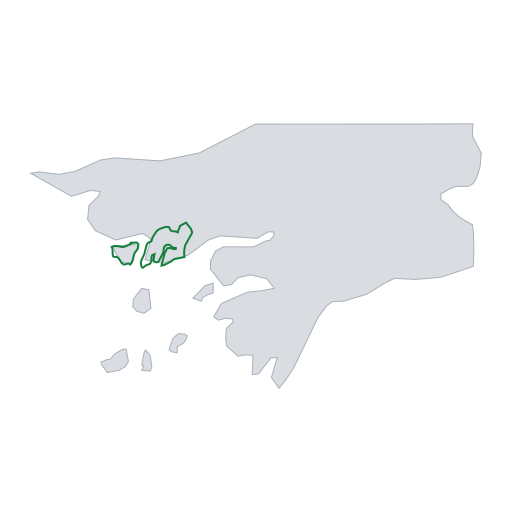 location of Biombo within Guinea-Bissau
{"feature_id": "GNB-5500", "entity_name": "Biombo", "entity_type": "Region", "adm_level": 1, "iso_a3": "GNB", "parent_name": "Guinea-Bissau", "parent_adm1": "", "projection": "orthographic", "projection_center": [-15.894, 11.883], "detail": "fine", "context": "in_parent", "style": "outline", "palette": "green", "viewbox_px": 512, "rotation_deg": 0, "n_neighbors": 0, "source": "natural_earth", "source_scale": "10m", "svg_char_len": 3328}
<svg xmlns="http://www.w3.org/2000/svg" viewBox="0 0 512 512"><path d="M30.7,173.3L38.9,171.9L59.0,174.4L74.6,171.5L85.6,166.7L100.5,160.0L115.0,157.9L160.1,160.9L199.4,152.9L228.6,137.9L255.5,124.0L290.4,124.1L327.8,124.1L381.0,124.0L423.1,124.0L472.8,123.8L472.4,136.1L481.3,153.4L480.1,166.4L476.4,178.6L473.1,183.5L468.8,186.3L455.5,186.4L449.8,188.8L441.0,193.7L440.8,199.3L447.9,204.7L453.8,212.1L460.6,218.0L472.3,224.7L473.4,232.3L473.9,251.4L473.4,266.3L440.7,277.3L415.6,279.4L394.3,278.4L385.0,283.0L366.6,294.3L343.9,301.1L332.3,301.7L326.8,305.7L318.0,317.4L293.6,368.1L285.5,380.3L279.0,388.2L271.4,377.5L277.2,357.6L270.9,357.9L258.3,374.0L252.2,374.5L253.0,355.4L246.0,354.8L238.0,356.1L226.7,346.2L225.6,338.8L226.4,328.4L233.3,321.8L232.4,319.0L225.7,318.3L218.3,320.1L213.8,316.9L221.3,303.5L247.5,292.1L260.7,290.9L274.3,288.3L266.8,278.7L250.8,274.9L237.9,277.6L231.6,284.6L223.6,285.8L210.4,269.3L210.6,261.0L215.5,251.2L223.2,246.8L253.6,246.9L265.1,241.3L269.8,240.3L274.2,235.3L273.3,231.9L268.3,231.8L257.0,238.3L220.3,235.9L208.6,239.9L188.2,255.0L163.2,263.3L145.0,259.8L150.8,239.6L148.2,236.9L142.4,233.5L115.7,240.0L95.5,230.7L87.6,219.5L89.0,205.5L98.5,196.1L100.0,191.4L90.0,190.5L71.5,196.3L30.7,173.3ZM119.2,370.3L107.3,372.5L101.8,365.0L101.0,362.0L107.3,359.5L110.0,359.4L114.8,353.9L120.7,350.3L123.2,349.1L126.2,349.3L128.4,361.4L125.5,366.5L119.2,370.3ZM150.9,308.5L143.9,313.3L136.7,311.1L132.8,306.8L133.4,299.2L141.6,288.4L148.9,289.8L150.9,308.5ZM138.3,245.3L130.6,263.9L121.1,261.9L114.4,250.8L113.6,246.1L133.1,244.6L138.3,245.3ZM177.2,346.6L177.2,352.8L170.9,351.6L169.1,349.7L172.8,338.5L178.4,333.5L185.1,334.3L187.2,335.8L185.8,340.1L182.9,343.7L177.2,346.6ZM202.7,297.7L201.4,301.2L192.9,298.2L205.2,285.5L213.3,283.2L213.0,293.1L206.8,295.1L202.7,297.7ZM151.8,366.8L150.4,371.0L141.6,370.3L143.6,366.1L141.7,364.8L144.2,352.0L145.5,350.0L149.8,354.8L150.4,356.8L151.8,366.8Z" fill="#d9dde1" stroke="#a8b0b8" stroke-width="1"/><path d="M184.4,257.1L183.9,257.2L174.3,259.0L172.9,259.9L171.5,261.2L164.4,264.9L161.5,265.6L164.6,253.3L167.3,248.2L170.9,248.0L171.7,248.5L172.9,248.9L174.2,249.0L175.8,249.0L175.8,247.9L173.0,247.7L169.5,244.8L166.7,244.8L164.3,246.6L163.7,249.2L163.4,252.1L158.6,261.5L157.0,262.4L154.1,261.7L153.5,259.8L154.5,254.1L152.0,255.3L151.4,257.8L151.4,260.8L150.3,263.6L149.4,264.1L146.1,265.3L144.8,266.2L143.3,267.5L142.4,267.7L141.8,267.0L141.2,265.6L140.8,262.6L141.7,259.6L144.3,254.1L146.4,245.7L147.3,243.7L147.9,243.1L148.8,242.4L149.9,241.9L150.9,241.7L151.5,241.1L152.5,237.5L156.3,231.6L157.5,230.3L159.6,229.0L162.8,227.7L166.1,226.9L168.7,227.0L169.5,227.9L170.1,229.3L170.8,230.6L172.3,231.2L175.2,231.4L176.5,231.7L177.8,232.4L178.3,230.2L179.4,228.0L179.9,226.1L180.0,225.9L186.0,222.6L190.7,228.5L191.2,229.4L192.2,232.6L185.1,245.5L184.2,250.6L184.1,253.2L184.4,257.1ZM111.7,246.9L114.3,246.0L117.2,246.1L122.4,247.0L124.4,246.7L126.6,245.9L131.1,243.7L130.5,243.1L130.8,242.7L132.9,242.7L134.9,242.6L137.1,242.7L138.2,244.0L138.4,244.5L137.9,248.4L136.8,250.3L135.3,252.0L134.1,254.1L132.8,260.0L131.9,262.5L130.1,264.6L128.6,263.5L126.9,263.8L125.2,264.4L123.9,264.6L122.0,263.4L118.3,257.8L116.6,256.9L114.7,256.9L113.3,256.6L112.7,254.7L112.6,250.5L112.4,248.5L111.7,246.9Z" fill="none" stroke="#15803d" stroke-width="2"/></svg>